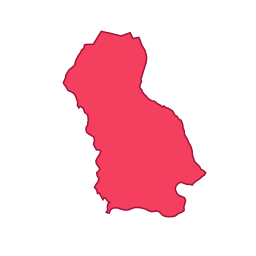 Douradina, Paraná, Brazil, rotated 157°
{"feature_id": "56859067B11671059089734", "entity_name": "Douradina", "entity_type": "district", "adm_level": 2, "iso_a3": "BRA", "parent_name": "Brazil", "parent_adm1": "Paraná", "projection": "mercator", "projection_center": [-53.283, -23.351], "detail": "fine", "context": "isolated", "style": "filled", "palette": "rose", "viewbox_px": 256, "rotation_deg": 157, "n_neighbors": 0, "source": "geoboundaries", "source_scale": "gbopen_adm2", "svg_char_len": 2271}
<svg xmlns="http://www.w3.org/2000/svg" viewBox="0 0 256 256"><g transform="rotate(157 128 128)"><path d="M178.6,56.9L176.8,58.8L175.1,59.9L172.9,60.1L169.7,59.0L167.9,57.7L163.9,54.2L162.0,53.3L159.4,52.5L153.1,52.2L150.3,51.1L147.6,49.7L143.6,46.6L141.1,43.5L138.8,41.7L135.8,40.8L133.8,40.3L132.0,38.7L130.2,34.2L128.6,32.4L127.1,31.4L123.8,29.8L120.7,28.8L118.7,28.6L115.7,29.4L110.5,29.6L108.5,30.2L107.4,33.7L104.4,37.2L103.2,39.1L103.2,41.7L108.0,46.8L108.6,50.0L108.4,52.9L107.5,54.8L106.2,56.0L103.1,57.5L100.2,57.2L95.8,53.1L92.8,51.8L91.3,50.4L87.8,52.1L81.5,53.4L78.6,54.4L76.0,54.9L73.9,56.4L75.0,59.0L77.1,61.6L77.1,63.8L77.8,66.3L78.9,68.9L79.8,70.9L79.3,77.7L78.4,80.3L77.7,82.8L77.4,85.3L77.4,87.9L77.8,90.2L77.8,92.8L77.9,95.8L78.5,100.2L77.5,102.8L77.2,107.2L76.4,109.3L76.2,111.3L76.1,114.4L77.5,115.8L78.1,117.6L78.3,119.7L79.8,121.0L80.0,123.7L80.4,126.6L82.0,128.5L83.3,130.6L85.2,131.8L86.3,134.3L88.0,133.9L89.2,136.2L91.6,139.1L92.8,141.9L95.0,143.3L96.5,145.0L98.3,147.9L98.7,150.0L99.9,152.5L100.6,155.8L100.5,157.8L101.4,160.7L99.8,163.3L97.4,165.5L97.1,167.8L85.5,181.6L84.5,183.2L83.3,185.7L82.7,187.9L82.1,192.5L82.4,195.4L83.0,198.7L82.5,205.0L82.6,207.2L88.5,208.5L88.8,214.9L98.4,215.4L108.1,222.7L110.1,224.0L114.8,227.4L127.3,218.6L133.6,221.2L135.4,221.6L137.5,218.6L140.0,218.0L141.6,216.6L143.2,215.4L145.6,214.0L149.6,210.5L151.4,208.4L152.4,206.6L155.2,205.8L157.1,205.2L159.7,204.5L161.1,203.4L164.6,200.9L166.1,198.4L168.4,196.2L169.8,195.1L169.7,192.7L168.9,190.4L168.6,186.1L165.9,183.3L164.0,180.3L163.8,176.6L164.1,174.1L164.1,171.7L165.8,168.4L165.3,165.7L163.6,166.6L162.4,165.2L161.4,163.2L161.8,159.4L160.0,155.7L160.8,152.9L161.6,150.5L163.0,148.5L163.9,146.4L166.0,145.2L167.3,143.0L167.7,140.3L166.5,137.8L164.8,135.6L163.0,133.2L163.5,130.2L164.8,128.3L166.2,126.2L165.9,122.9L165.5,120.1L163.2,119.2L162.1,117.2L164.1,115.1L166.3,113.5L167.8,112.6L170.5,110.1L171.0,107.4L170.7,105.6L170.1,103.3L170.0,101.2L172.1,99.7L174.3,99.2L175.0,96.0L174.5,92.6L176.7,90.2L178.9,88.9L180.3,87.9L182.1,86.6L181.0,83.0L181.7,79.6L179.7,79.2L179.6,76.3L179.0,71.8L177.3,73.0L175.7,71.2L175.5,68.7L173.9,66.7L176.0,66.1L177.7,63.7L178.9,60.4L181.0,58.8L178.6,56.9Z" fill="#f43f5e" stroke="#9f1239" stroke-width="1.5"/></g></svg>